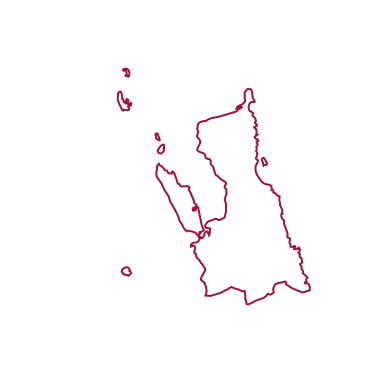 map outline of Jawa Timur (Robinson projection), rotated 244°
{"feature_id": "IDN-1233", "entity_name": "Jawa Timur", "entity_type": "Province", "adm_level": 1, "iso_a3": "IDN", "parent_name": "Indonesia", "parent_adm1": "", "projection": "robinson", "projection_center": [113.217, -7.252], "detail": "fine", "context": "isolated", "style": "outline", "palette": "rose", "viewbox_px": 384, "rotation_deg": 244, "n_neighbors": 0, "source": "natural_earth", "source_scale": "10m", "svg_char_len": 6068}
<svg xmlns="http://www.w3.org/2000/svg" viewBox="0 0 384 384"><g transform="rotate(244 192 192)"><path d="M93.0,158.7L95.5,161.1L96.8,161.8L100.6,162.9L104.9,163.5L107.9,162.0L109.2,161.6L110.2,162.0L112.1,164.1L115.4,169.0L116.3,169.8L117.6,170.1L122.5,169.7L124.4,168.9L127.3,168.8L130.8,167.6L132.1,167.5L135.0,168.3L136.2,167.5L137.3,167.8L139.9,170.1L141.1,170.5L142.3,170.5L143.1,169.9L143.4,168.6L143.4,167.2L144.5,167.5L145.3,168.4L145.7,169.7L145.7,171.0L144.8,173.6L144.5,175.2L146.5,178.5L147.1,178.7L148.8,178.2L149.2,179.3L146.5,180.3L146.1,180.9L146.3,181.7L147.4,183.8L148.8,184.7L149.7,185.7L150.3,187.0L150.0,188.2L149.2,188.6L145.7,188.2L146.7,189.6L151.2,192.2L153.7,189.0L155.0,188.6L156.0,189.0L156.7,189.9L158.2,192.7L158.3,194.7L157.8,198.1L157.8,200.7L157.3,202.0L155.1,203.6L154.7,204.7L154.7,209.9L159.4,213.9L166.6,217.4L170.3,217.9L171.3,218.4L175.7,222.6L179.5,223.9L181.8,223.4L182.9,224.0L184.3,226.0L185.1,226.5L186.5,226.3L191.6,223.1L194.9,222.2L196.7,221.0L198.1,220.8L205.5,222.1L207.8,221.2L209.1,221.3L211.4,222.3L212.7,222.5L213.7,222.2L215.6,219.9L216.5,219.3L219.6,219.9L221.7,219.4L225.7,215.5L227.4,215.1L229.1,216.4L231.4,219.6L232.7,220.9L234.5,221.7L235.9,221.7L239.4,220.8L240.3,221.2L243.2,224.0L246.3,224.3L250.0,226.9L250.8,227.8L251.2,229.2L250.8,233.3L249.7,235.7L250.1,237.9L250.0,241.0L247.7,250.3L245.0,266.4L245.1,267.8L245.8,269.2L246.1,273.5L246.7,274.0L247.4,273.3L247.7,268.8L248.7,270.0L248.9,272.0L248.9,276.2L249.9,278.8L250.8,279.8L251.8,280.2L253.6,280.5L255.1,281.5L258.1,282.8L260.1,286.1L260.1,287.7L258.5,289.9L256.2,290.1L251.2,288.2L249.9,287.9L246.7,288.2L245.5,287.7L245.7,286.8L246.9,285.1L246.5,282.8L244.5,280.7L241.9,279.4L239.5,279.4L237.2,281.0L235.9,281.6L234.6,279.9L233.1,280.1L230.6,281.1L228.1,280.7L227.6,280.4L227.1,279.2L226.6,278.9L223.6,279.9L222.9,278.9L223.3,276.6L222.7,276.2L220.4,277.2L217.9,276.5L216.5,275.8L215.5,274.9L214.8,275.8L214.2,272.7L213.8,272.3L211.9,272.7L211.2,273.2L210.6,274.0L209.1,274.0L208.9,273.8L208.9,272.3L208.2,271.7L207.2,272.0L206.2,271.9L205.4,271.3L204.4,269.6L201.9,268.8L200.6,267.5L198.0,267.7L195.9,266.3L194.6,264.3L193.4,264.2L191.6,265.2L190.5,264.6L187.7,260.9L186.5,260.0L184.1,258.9L181.8,258.1L179.4,257.9L172.1,258.9L169.7,259.6L167.5,260.9L164.6,264.6L162.7,266.0L160.9,265.3L160.1,265.3L158.8,264.2L158.3,265.2L157.9,265.6L157.3,265.7L156.0,264.9L153.9,266.6L151.3,267.2L149.7,268.8L146.2,266.8L144.0,266.4L141.1,265.3L136.6,265.3L135.7,265.0L134.2,264.0L132.9,263.9L133.3,263.1L132.3,262.1L130.9,261.5L128.3,261.3L126.2,262.2L125.4,262.1L124.4,261.3L123.4,260.9L113.0,259.7L111.7,259.2L109.9,257.9L109.4,258.0L107.5,259.5L107.0,259.6L105.9,259.1L104.5,257.7L103.7,257.4L101.5,257.4L99.8,256.6L99.2,256.9L98.6,258.2L98.6,260.5L97.5,260.9L96.6,259.0L96.1,258.6L95.6,258.9L94.3,262.3L95.1,262.8L95.3,263.3L95.0,263.7L94.4,263.9L93.1,263.7L92.0,263.1L91.2,262.1L90.7,260.9L90.3,260.9L89.7,261.7L88.7,261.6L86.8,260.4L86.0,260.4L85.2,261.1L84.3,261.3L80.4,260.2L80.0,259.2L80.0,257.8L79.1,257.4L77.1,257.8L75.5,256.9L72.0,257.0L70.6,256.0L64.7,258.3L64.2,258.2L63.8,256.9L63.4,256.4L61.5,255.6L61.2,253.9L60.8,253.4L60.4,253.5L59.1,256.0L58.3,256.5L56.0,256.5L54.9,256.2L51.9,254.6L52.7,251.0L52.8,248.2L53.9,246.5L60.6,240.6L63.4,238.7L65.9,237.4L67.3,236.2L67.9,236.1L69.3,236.9L69.9,236.9L70.4,236.6L70.8,236.2L71.1,233.9L72.4,229.7L72.4,226.2L71.4,224.7L69.3,222.3L66.7,221.8L65.8,221.3L65.3,217.7L65.5,217.2L67.0,215.9L67.3,215.2L66.1,213.3L65.4,209.8L66.4,201.8L66.1,195.6L66.4,193.0L67.4,192.0L68.9,192.3L70.7,193.1L72.3,192.8L74.3,193.9L77.8,195.4L80.1,195.8L80.2,194.6L81.0,193.4L84.5,190.6L86.1,188.6L89.4,185.7L89.4,184.5L88.8,181.0L89.0,178.8L88.8,173.3L90.5,163.0L93.0,158.7ZM227.4,170.3L230.1,171.5L231.0,172.4L231.9,174.6L230.3,174.7L227.7,176.5L223.7,177.1L222.3,178.7L221.1,179.0L219.7,178.9L218.7,179.6L217.5,181.9L218.3,182.2L218.8,182.8L218.9,183.6L217.6,184.1L215.3,184.3L205.8,182.9L204.7,184.2L202.7,184.1L201.8,184.7L201.2,185.7L199.2,190.8L197.2,191.7L196.2,190.6L194.9,190.1L192.1,190.4L183.4,189.8L181.4,189.1L178.7,190.2L177.5,189.9L177.1,187.7L176.4,186.8L176.4,186.5L177.1,186.0L177.1,185.5L175.1,184.8L174.6,184.9L174.4,185.5L174.4,186.8L174.0,187.3L176.6,189.6L176.4,190.4L175.4,190.7L157.9,186.2L152.7,186.0L152.3,185.3L152.1,183.4L152.2,182.4L152.7,181.6L152.3,181.1L151.7,182.1L151.3,181.7L150.8,179.6L150.9,178.3L151.2,177.9L153.1,177.6L154.8,176.5L156.4,174.8L159.3,171.0L159.2,169.9L161.0,169.2L163.4,168.8L167.1,168.8L172.0,168.2L176.4,169.0L183.6,168.9L193.4,168.2L198.0,169.1L206.2,168.1L213.1,168.3L220.5,167.1L223.0,167.5L224.2,168.0L226.4,169.3L227.4,170.3ZM313.7,169.7L313.8,171.3L313.0,171.9L309.9,171.7L307.9,170.9L306.6,170.0L305.2,171.0L303.1,170.1L300.9,171.2L301.1,172.0L302.9,172.7L304.1,174.1L302.8,175.0L301.5,174.6L299.4,172.7L298.5,174.0L299.0,175.9L298.0,176.3L296.5,174.7L297.0,171.9L294.9,172.1L294.0,171.9L293.6,171.2L293.8,169.7L295.9,167.0L295.3,165.9L295.9,165.4L297.0,165.2L302.9,165.2L307.5,165.7L312.8,168.7L313.7,169.7ZM151.2,93.9L152.7,95.3L153.2,96.3L153.4,97.9L153.3,99.3L152.9,100.5L152.2,101.3L151.2,101.8L149.1,101.8L148.6,101.1L147.2,101.8L145.7,101.7L145.3,101.0L145.1,99.8L144.5,98.3L146.5,96.3L148.1,94.3L148.7,94.6L151.2,93.9ZM245.0,180.3L247.3,184.3L247.0,187.3L246.2,187.3L243.6,186.0L243.2,185.3L242.1,185.4L241.4,185.0L240.3,182.3L240.1,181.0L241.5,179.3L243.0,179.0L244.2,179.4L245.0,180.3ZM331.9,182.7L332.1,183.8L332.0,186.4L331.0,187.7L328.8,188.5L326.5,188.0L324.3,186.7L323.5,185.5L324.0,184.8L325.0,184.9L325.5,183.2L325.9,183.3L326.4,184.7L327.2,185.4L328.0,185.4L329.1,185.9L331.2,186.0L331.5,185.7L331.0,185.7L330.5,184.6L330.7,184.1L331.1,183.7L331.4,183.8L331.6,184.1L331.9,182.7ZM190.5,268.8L191.1,269.2L191.5,270.1L191.5,271.0L191.3,271.4L189.2,271.9L184.7,271.9L184.1,271.5L183.9,270.5L184.1,269.5L184.9,268.8L184.5,267.9L187.4,268.6L190.5,268.8ZM258.4,184.2L259.6,184.3L260.0,184.6L260.1,186.3L259.8,186.6L253.1,186.0L252.8,185.7L253.1,184.7L255.4,183.4L255.9,183.3L258.4,184.2Z" fill="none" stroke="#9f1239" stroke-width="2"/></g></svg>